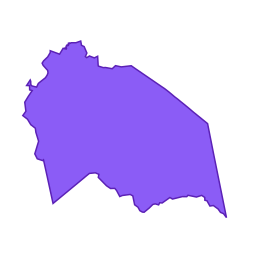 outline of Harris, Texas, United States of America, rotated 185°
{"feature_id": "52423323B68186618035588", "entity_name": "Harris", "entity_type": "district", "adm_level": 2, "iso_a3": "USA", "parent_name": "United States of America", "parent_adm1": "Texas", "projection": "natural_earth1", "projection_center": [-95.269, 29.834], "detail": "fine", "context": "isolated", "style": "filled", "palette": "violet", "viewbox_px": 256, "rotation_deg": 185, "n_neighbors": 0, "source": "geoboundaries", "source_scale": "gbopen_adm2", "svg_char_len": 2065}
<svg xmlns="http://www.w3.org/2000/svg" viewBox="0 0 256 256"><g transform="rotate(185 128 128)"><path d="M53.8,65.2L48.7,67.3L45.5,65.5L45.1,62.7L43.0,62.4L39.6,57.4L36.2,58.2L31.2,55.2L28.5,52.0L25.4,51.0L22.1,47.3L40.5,109.7L49.1,139.3L51.9,141.2L64.2,149.5L68.4,152.5L76.9,158.3L77.1,158.4L80.4,160.7L84.2,163.1L90.3,167.4L95.1,170.5L95.3,170.6L98.2,172.2L100.5,173.5L125.7,187.7L130.2,190.3L140.0,188.3L145.9,189.0L148.9,185.7L155.7,186.3L157.9,186.0L162.9,187.1L163.2,187.9L164.5,196.8L167.7,194.9L172.1,196.2L172.6,196.4L175.2,194.5L176.7,195.4L175.5,199.1L178.8,205.3L181.5,206.3L182.7,210.5L187.3,208.4L192.1,208.0L192.4,207.8L192.6,207.5L192.8,207.4L193.0,207.3L193.4,207.4L193.6,207.6L193.9,207.6L194.2,207.5L194.5,207.4L194.8,207.2L194.7,206.9L194.6,206.5L194.3,206.1L194.3,205.9L194.4,205.7L194.8,205.6L194.9,205.4L194.8,205.0L194.9,204.9L195.2,204.7L195.4,204.9L195.6,205.1L195.7,205.5L195.8,205.5L196.0,205.4L196.1,204.9L196.3,204.8L196.6,204.4L196.8,203.8L196.8,203.5L196.5,203.1L196.5,202.8L196.5,202.4L196.2,202.0L196.2,201.7L196.3,201.4L196.6,201.2L197.2,201.7L197.3,201.8L197.4,202.2L197.6,202.3L197.9,202.2L198.2,201.9L198.3,201.5L198.4,201.4L198.9,201.7L199.1,201.6L199.6,201.7L202.6,195.6L212.2,198.2L212.0,196.6L212.4,195.6L214.2,191.8L217.9,187.6L219.2,185.1L218.0,183.0L213.0,178.3L212.5,175.8L213.3,173.2L213.5,173.0L214.6,170.9L219.7,166.1L221.2,164.6L222.6,160.8L227.3,161.5L228.6,162.7L229.0,166.1L229.6,167.3L232.7,161.5L229.8,161.6L229.3,157.4L226.7,156.9L230.1,150.8L233.1,144.7L231.2,135.8L233.9,131.2L228.9,128.0L225.1,122.8L220.3,119.7L219.4,115.7L215.9,107.0L218.6,94.1L215.7,89.4L210.2,88.1L209.4,88.9L204.2,72.4L196.1,46.3L176.2,65.9L165.3,76.7L162.5,79.4L156.6,80.5L153.0,79.3L153.3,76.2L144.4,68.6L140.1,66.2L135.9,66.7L134.0,64.8L130.2,59.0L127.7,60.3L120.0,62.0L117.3,60.8L114.7,52.1L111.2,50.0L109.0,46.7L106.4,45.5L104.6,45.5L99.9,50.1L96.6,54.0L95.4,54.4L94.4,54.8L90.8,54.1L89.9,56.3L87.4,56.3L80.2,62.4L77.5,61.1L67.8,64.4L63.5,64.7L62.4,66.2L53.8,65.2Z" fill="#8b5cf6" stroke="#5b21b6" stroke-width="1.5"/></g></svg>